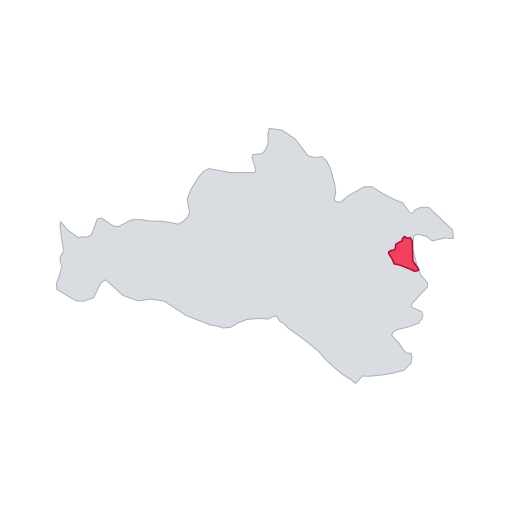 Sežana on a map of Slovenia (orthographic projection), rotated 209°
{"feature_id": "SVN-1034", "entity_name": "Sežana", "entity_type": "Municipality", "adm_level": 1, "iso_a3": "SVN", "parent_name": "Slovenia", "parent_adm1": "", "projection": "orthographic", "projection_center": [13.883, 45.722], "detail": "fine", "context": "in_parent", "style": "filled", "palette": "rose", "viewbox_px": 512, "rotation_deg": 209, "n_neighbors": 0, "source": "natural_earth", "source_scale": "10m", "svg_char_len": 2140}
<svg xmlns="http://www.w3.org/2000/svg" viewBox="0 0 512 512"><g transform="rotate(209 256 256)"><path d="M443.5,191.2L432.8,187.3L420.1,185.9L417.8,188.3L412.7,190.7L410.3,195.0L412.7,211.4L409.7,214.3L395.2,213.1L390.5,215.1L382.9,226.8L375.0,231.8L364.8,235.5L357.3,239.8L347.7,243.6L339.6,246.0L336.5,251.0L334.6,256.6L335.2,261.9L343.8,272.3L345.2,283.5L344.6,297.3L342.8,304.7L339.6,309.6L319.1,316.4L297.9,328.1L297.5,330.7L307.4,340.5L307.9,343.0L299.9,348.9L299.2,354.6L300.2,361.2L304.6,367.9L306.3,374.0L294.5,378.7L278.5,377.3L259.4,369.0L252.8,370.4L246.4,374.9L239.8,373.1L232.5,367.9L222.2,357.1L217.1,350.4L215.0,343.3L212.2,342.3L208.0,344.4L204.6,353.1L195.2,368.7L188.3,372.9L177.7,372.1L162.9,372.4L153.7,373.7L142.4,368.3L139.7,369.3L139.6,372.9L135.4,378.6L128.5,382.3L96.4,373.9L91.9,366.9L99.2,363.6L109.2,354.7L116.0,355.7L124.4,353.8L128.0,350.0L122.7,338.6L109.5,324.5L102.5,319.2L92.8,315.6L91.1,311.8L96.6,289.7L95.0,286.6L83.9,287.6L81.4,285.2L80.5,281.4L81.2,276.1L88.7,267.6L97.0,260.0L99.2,255.7L98.9,252.3L88.4,248.9L82.0,245.4L77.0,244.2L73.5,246.1L71.0,243.9L68.5,237.5L71.1,227.8L80.6,218.9L90.8,211.0L99.6,205.2L104.7,202.7L107.2,192.8L112.4,193.8L122.9,194.4L134.5,196.6L145.4,199.4L154.9,202.9L175.0,206.5L193.3,208.6L198.8,210.6L203.3,210.4L208.8,213.4L212.1,211.1L214.4,207.0L224.3,202.2L233.4,195.9L239.8,188.0L243.3,181.7L249.5,177.2L256.2,175.8L262.3,173.5L288.0,170.2L314.5,172.0L327.1,167.4L337.3,159.6L352.4,157.1L353.2,157.0L376.0,162.3L377.7,158.9L378.6,157.3L377.8,140.8L384.7,133.0L391.3,129.7L413.9,130.1L417.0,135.0L418.4,142.9L420.8,153.4L424.6,156.2L426.8,160.3L426.7,167.6L431.3,172.9L442.2,187.4L443.5,191.2Z" fill="#d9dde1" stroke="#a8b0b8" stroke-width="1"/><path d="M130.3,346.7L129.2,346.4L127.4,345.4L126.0,344.0L116.4,327.6L108.0,323.8L106.9,322.9L107.6,321.3L110.0,319.6L110.7,319.3L113.3,319.4L125.4,317.9L131.4,316.1L134.9,319.0L141.2,322.5L142.0,323.9L140.2,326.8L138.9,327.5L138.0,328.2L137.8,329.4L138.3,331.4L139.0,332.7L139.3,334.3L138.7,335.5L135.5,340.3L136.4,341.9L135.7,345.1L132.2,344.9L130.3,346.7Z" fill="#f43f5e" stroke="#9f1239" stroke-width="1.5"/></g></svg>